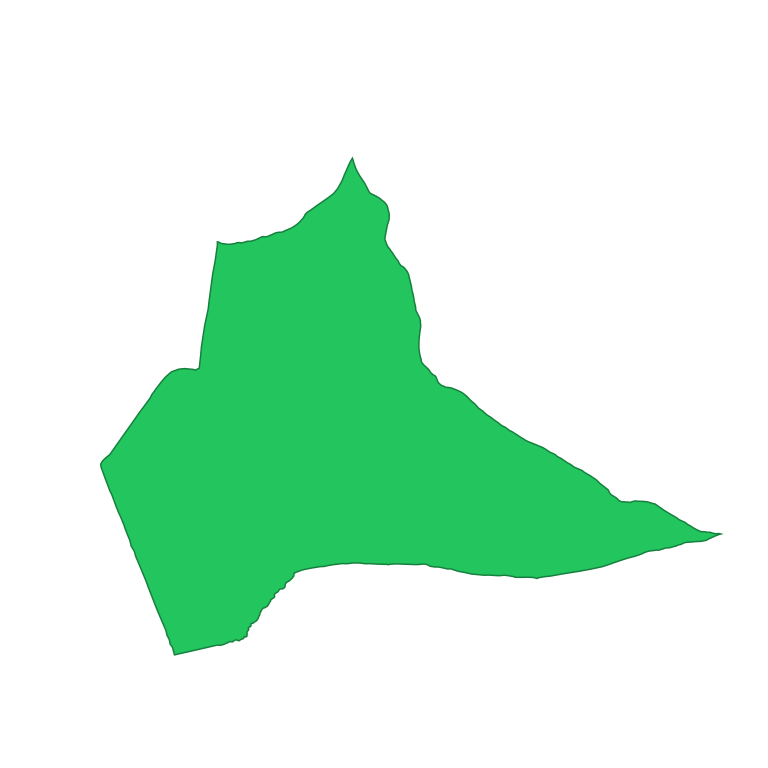 the district of Tesseney, Gash Barka, Eritrea, rotated 347°
{"feature_id": "51966322B94022775351360", "entity_name": "Tesseney", "entity_type": "district", "adm_level": 2, "iso_a3": "ERI", "parent_name": "Eritrea", "parent_adm1": "Gash Barka", "projection": "albers", "projection_center": [36.702, 15.181], "detail": "fine", "context": "isolated", "style": "filled", "palette": "green", "viewbox_px": 768, "rotation_deg": 347, "n_neighbors": 0, "source": "geoboundaries", "source_scale": "gbopen_adm2", "svg_char_len": 6155}
<svg xmlns="http://www.w3.org/2000/svg" viewBox="0 0 768 768"><g transform="rotate(347 384 384)"><path d="M253.6,208.0L253.0,210.9L247.3,225.8L241.7,238.6L232.4,263.4L229.6,271.3L222.3,287.0L214.4,306.9L212.0,314.3L209.5,321.5L207.5,327.1L203.2,328.0L201.5,326.9L193.1,324.1L187.4,323.4L179.7,324.3L174.4,327.1L171.6,328.8L167.7,331.7L162.1,336.3L155.2,342.3L153.2,344.9L139.6,356.5L100.9,391.1L96.3,393.3L92.3,395.8L90.0,398.3L89.6,401.1L91.4,415.6L92.0,419.7L92.7,425.2L93.1,427.5L93.7,429.7L94.0,431.5L95.0,439.3L95.4,442.6L96.5,449.8L97.3,453.4L98.9,462.9L99.1,465.9L100.5,475.3L101.2,479.0L101.2,485.2L103.1,490.9L103.2,494.4L103.4,496.8L104.2,501.1L107.8,522.4L108.6,528.9L111.2,546.8L112.4,554.6L114.1,564.3L116.0,574.7L116.1,580.2L117.3,584.7L117.1,589.3L118.7,593.1L118.9,600.8L163.0,600.9L164.8,601.6L165.6,601.8L167.4,601.8L170.5,601.5L174.2,600.8L175.6,600.3L176.4,600.5L177.0,600.8L178.2,601.2L178.8,601.1L179.9,600.5L180.6,600.2L182.2,600.0L182.8,600.2L184.4,601.3L185.1,601.6L186.9,600.8L187.6,600.6L188.9,600.6L190.0,600.2L190.5,599.5L190.8,598.9L191.3,598.7L192.5,599.4L193.0,599.3L193.8,598.7L194.0,597.5L194.4,597.1L194.5,596.2L194.5,595.4L194.9,594.7L195.8,593.9L197.0,592.8L196.9,591.1L197.5,590.6L198.5,590.5L199.2,590.4L199.9,589.7L200.2,589.1L200.4,587.9L200.9,587.3L201.7,587.4L202.2,587.7L202.9,587.5L204.5,586.6L205.4,586.5L206.3,586.1L207.7,585.0L208.6,584.1L210.0,582.0L210.6,581.5L211.2,580.5L211.5,579.6L212.0,578.9L212.6,578.4L213.5,577.0L215.6,575.3L216.5,575.2L217.7,575.2L218.4,574.7L219.1,574.7L220.2,574.4L221.6,573.1L224.6,570.0L225.3,568.6L226.1,568.3L227.0,568.1L227.5,567.8L228.2,567.6L229.3,567.0L229.7,566.2L229.8,564.5L230.3,564.0L231.9,563.2L233.4,562.8L234.3,562.3L235.8,560.8L236.9,560.3L237.5,560.3L238.4,560.7L239.1,560.8L239.7,560.7L241.4,559.9L241.9,559.3L242.6,557.3L243.6,556.0L244.0,555.6L245.7,555.0L246.9,554.7L247.9,554.3L249.8,553.1L250.4,552.9L252.8,550.9L253.7,548.5L254.5,547.9L261.7,546.9L265.2,546.8L267.6,546.9L269.8,546.9L273.2,547.1L280.7,547.6L284.4,548.3L288.3,548.3L293.8,548.6L298.0,549.1L302.7,549.5L307.1,550.7L314.5,551.6L320.2,553.0L325.3,554.9L329.5,555.8L333.5,557.0L340.8,559.0L344.5,560.0L345.9,560.2L347.1,560.9L350.0,561.1L353.3,561.6L357.3,562.5L363.1,564.1L374.3,567.1L378.4,567.9L380.8,568.1L383.6,568.8L386.0,570.1L388.0,572.0L392.3,573.7L396.0,574.6L400.0,576.4L404.4,578.6L407.4,579.1L409.3,580.3L414.2,583.2L420.7,586.0L426.4,588.8L438.4,592.8L442.9,593.7L447.9,595.2L453.1,596.7L458.3,597.4L461.4,598.5L467.3,601.0L467.7,601.5L469.3,602.1L478.0,604.1L479.9,604.4L485.9,606.1L487.2,606.7L489.3,607.9L489.8,607.8L490.9,607.7L491.5,607.5L492.1,607.5L492.7,607.6L496.3,607.8L503.0,608.6L512.7,609.1L515.0,609.2L532.6,610.4L543.6,610.9L555.6,611.1L561.4,610.6L566.4,610.0L573.4,609.3L578.0,608.8L583.8,608.4L589.4,608.3L594.8,607.8L597.6,607.4L600.5,606.7L603.9,606.4L606.4,606.6L609.1,606.9L610.4,607.0L611.8,607.2L613.2,607.4L615.0,607.8L616.7,607.5L618.6,607.5L620.7,607.2L622.1,607.2L623.4,607.5L625.6,607.8L629.9,607.6L631.8,607.6L635.0,607.0L636.5,607.1L637.2,607.1L641.1,606.2L644.3,606.5L649.2,607.3L651.9,607.6L653.3,607.9L654.4,608.0L655.5,608.3L656.7,608.5L658.9,608.7L662.5,608.8L663.3,608.7L665.2,608.0L666.6,607.8L672.9,606.5L673.7,606.4L674.7,606.3L676.3,606.0L678.4,605.9L676.9,605.1L673.7,604.6L670.0,602.9L668.4,601.8L667.7,601.7L665.2,601.0L664.1,600.4L662.1,599.8L660.3,599.3L658.8,598.6L656.3,596.6L655.1,595.6L653.6,594.3L650.2,590.8L648.2,589.1L646.4,586.7L644.4,585.2L640.9,582.5L639.1,580.2L634.6,576.0L631.6,573.2L628.2,569.8L621.5,562.3L620.5,561.5L619.2,561.0L614.4,558.2L610.6,556.8L605.2,555.4L602.8,554.5L601.4,554.4L598.8,554.5L597.2,554.8L594.9,553.8L593.4,553.5L591.7,552.9L589.0,552.2L588.1,551.5L586.7,550.4L585.4,548.1L582.7,545.1L581.1,543.8L580.0,542.2L579.4,540.9L578.8,538.7L578.8,537.9L571.9,529.3L569.5,525.4L564.9,520.4L563.5,518.9L561.9,517.6L560.9,516.5L560.0,515.9L557.5,512.8L550.7,507.9L547.8,504.4L544.7,501.8L543.6,500.4L541.4,498.2L540.3,496.8L537.4,494.4L536.2,493.2L535.0,491.4L533.4,490.0L530.7,488.1L529.3,486.5L528.9,486.3L527.4,484.6L524.6,481.8L520.3,478.8L518.1,477.1L516.4,476.0L514.6,474.7L512.3,473.2L509.7,471.1L504.5,466.0L502.6,463.9L499.0,460.2L497.4,458.7L495.6,457.3L492.6,453.6L489.4,451.1L486.3,447.1L483.0,443.5L480.5,440.4L477.2,437.1L473.8,432.2L470.7,428.8L468.0,423.8L464.8,419.6L463.9,418.1L462.2,415.1L459.4,411.4L457.5,409.4L454.5,407.0L449.9,403.7L447.2,402.3L445.9,401.9L445.5,401.6L444.1,401.5L442.8,400.5L442.1,399.8L441.0,399.3L440.0,398.5L439.6,398.1L438.6,396.9L437.4,395.2L436.9,393.2L436.2,388.8L435.9,388.1L435.5,387.4L434.3,386.4L433.4,385.5L432.8,384.3L432.3,384.0L431.5,381.7L430.5,379.4L427.6,375.2L426.5,373.4L425.5,370.9L425.4,370.4L425.7,368.4L425.5,364.4L425.7,360.2L426.2,356.2L427.7,350.2L428.5,347.5L429.7,344.2L430.4,342.0L432.4,337.1L433.0,335.0L433.2,333.0L433.7,330.6L433.6,327.7L431.6,319.4L432.1,315.9L432.1,310.0L432.4,306.6L432.5,302.8L432.3,298.8L432.7,294.9L432.6,286.1L432.6,283.1L432.3,281.5L432.1,280.2L430.6,276.7L429.1,274.2L427.3,272.7L426.4,270.9L425.9,269.5L425.4,267.2L423.7,263.7L422.2,259.4L419.6,253.0L418.9,251.7L418.5,250.6L418.0,248.4L417.8,246.0L417.4,243.5L417.9,241.5L421.1,234.2L422.7,230.5L424.6,227.2L425.7,225.4L426.1,224.3L426.4,223.3L427.2,220.3L427.4,217.8L427.2,215.5L427.3,212.5L427.0,210.6L426.3,208.8L425.2,206.8L423.1,204.2L421.5,202.0L420.3,200.8L416.8,197.7L413.7,195.3L412.5,193.0L411.9,190.1L410.5,184.6L409.6,182.0L407.2,175.8L406.3,172.9L405.5,169.9L405.1,168.1L404.4,162.6L404.3,159.6L404.0,156.9L401.2,159.8L398.5,163.2L392.0,171.9L389.4,175.8L384.9,180.9L382.6,183.3L378.1,186.8L375.5,188.1L372.3,189.6L367.7,191.5L359.3,194.8L352.6,197.7L347.6,199.5L346.4,200.3L345.2,201.2L344.4,202.3L342.4,204.3L340.4,205.6L338.4,207.1L335.9,208.5L332.7,209.9L328.9,211.2L324.1,212.0L318.7,213.1L315.1,212.4L311.9,212.4L308.6,213.2L306.5,213.5L304.6,213.9L302.2,214.1L298.7,213.0L295.2,213.7L291.5,214.6L285.8,214.9L283.4,214.2L278.5,214.5L276.2,214.3L274.7,213.6L273.3,213.4L272.0,213.3L270.7,213.6L265.2,213.2L262.5,212.5L256.8,210.3L254.7,208.4L254.2,208.2L253.6,208.0Z" fill="#22c55e" stroke="#15803d" stroke-width="1.5"/></g></svg>